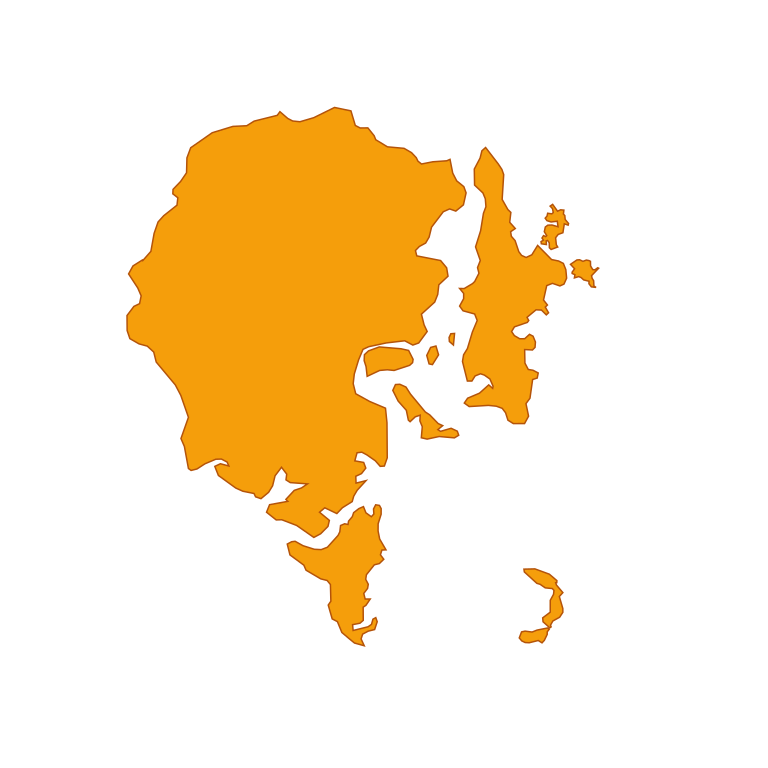 Semporna, Sabah, Malaysia (Robinson projection), rotated 76°
{"feature_id": "92858781B783004455088", "entity_name": "Semporna", "entity_type": "district", "adm_level": 2, "iso_a3": "MYS", "parent_name": "Malaysia", "parent_adm1": "Sabah", "projection": "robinson", "projection_center": [118.52, 4.527], "detail": "fine", "context": "isolated", "style": "filled", "palette": "amber", "viewbox_px": 768, "rotation_deg": 76, "n_neighbors": 0, "source": "geoboundaries", "source_scale": "gbopen_adm2", "svg_char_len": 6175}
<svg xmlns="http://www.w3.org/2000/svg" viewBox="0 0 768 768"><g transform="rotate(76 384 384)"><path d="M205.9,588.2L205.2,588.4L208.7,599.0L215.4,605.2L231.2,599.7L239.7,598.3L246.9,601.7L248.2,607.9L255.4,616.8L270.0,620.3L278.5,619.6L285.8,612.0L290.0,604.5L297.3,599.7L307.6,599.7L334.4,586.7L345.9,583.9L369.0,581.8L387.8,594.2L396.3,592.8L418.7,594.2L421.2,592.1L421.2,586.0L418.1,577.0L416.3,565.4L417.5,559.9L421.8,555.1L426.0,554.4L421.8,562.0L423.0,568.1L432.7,566.8L449.1,553.0L453.9,546.9L458.8,536.6L462.4,535.9L465.5,531.1L461.2,522.2L455.8,516.7L446.7,511.9L440.0,503.6L447.9,500.2L453.3,502.3L457.0,498.8L462.4,482.4L464.9,489.2L465.5,496.8L472.2,507.1L474.6,505.7L473.4,524.2L480.0,529.0L489.8,521.5L491.0,516.0L500.1,503.0L515.9,489.2L514.0,481.7L508.6,472.8L503.1,470.0L492.8,477.6L489.8,471.4L498.3,461.1L494.0,454.3L490.4,443.3L485.5,440.5L480.6,435.7L473.4,424.8L473.4,435.1L466.7,433.7L465.5,427.5L461.2,422.0L455.2,422.7L451.5,430.9L444.2,426.8L444.8,422.0L448.5,417.9L456.4,411.0L463.0,407.6L463.7,403.5L456.4,398.7L422.4,390.5L407.8,388.4L397.5,402.1L386.6,413.8L376.2,413.8L367.1,410.4L354.4,402.8L345.3,396.0L344.1,389.8L344.7,371.9L347.1,353.4L353.2,346.6L352.6,340.4L343.5,329.4L336.2,330.8L325.3,330.8L316.8,315.0L310.1,310.2L301.0,306.8L294.9,295.8L286.4,295.1L277.9,299.2L267.6,321.2L262.1,321.2L259.1,316.4L257.3,309.5L252.4,304.7L243.3,299.9L231.2,284.8L230.0,278.0L233.6,272.5L229.4,263.6L218.4,258.1L211.8,258.8L204.5,264.3L196.0,266.3L182.0,265.6L182.6,269.1L180.2,282.8L179.6,294.4L175.9,297.2L172.3,297.9L166.2,301.3L160.2,307.5L154.7,323.3L145.0,332.9L140.7,333.5L131.6,337.7L129.8,345.2L126.2,349.3L111.0,350.0L103.7,365.1L108.6,387.7L109.2,402.1L106.7,409.0L103.1,413.1L94.6,419.1L97.5,422.6L97.5,446.4L100.2,454.7L97.5,468.3L98.6,489.8L108.0,514.4L116.9,520.5L131.3,524.5L138.3,532.4L144.1,541.6L148.4,542.9L153.4,539.0L160.4,541.6L167.4,557.0L172.1,564.0L182.2,570.6L198.9,578.1L205.9,588.2ZM341.1,208.9L327.9,202.3L327.1,196.2L331.4,189.6L330.6,185.2L325.5,181.2L317.0,179.9L310.4,180.8L306.9,184.8L303.8,191.3L286.7,201.4L294.4,209.3L295.6,215.5L292.5,219.4L288.2,221.2L276.6,222.1L271.5,224.7L266.9,224.3L264.9,219.0L257.5,222.9L248.2,219.4L244.7,221.6L233.5,224.7L209.8,217.2L204.3,217.7L198.1,219.9L179.1,228.2L181.4,232.6L188.0,236.1L197.3,244.4L212.9,248.0L222.6,241.8L228.8,240.9L236.6,242.2L242.4,246.2L258.7,253.2L273.1,262.0L287.5,260.7L293.7,265.1L299.5,265.1L306.5,271.2L308.0,273.8L310.8,283.1L309.6,287.5L315.4,284.8L320.5,286.1L326.7,291.8L332.1,289.6L338.0,279.1L344.9,278.2L355.0,285.7L369.8,294.5L374.9,299.7L381.1,302.4L401.3,302.4L402.4,298.0L398.2,293.6L397.4,287.9L399.7,284.4L404.8,280.0L412.5,278.7L414.5,279.6L410.2,282.6L416.0,293.6L418.0,306.3L421.9,310.7L426.5,306.8L430.0,287.9L432.7,280.4L436.2,275.2L441.3,273.0L449.1,272.5L453.7,268.1L456.4,257.2L450.2,251.5L437.4,251.0L433.1,245.8L415.6,238.7L415.3,233.9L410.6,231.7L406.7,236.1L404.8,240.5L397.8,242.2L384.6,239.2L386.9,231.7L385.0,228.6L379.9,226.9L373.7,227.8L371.0,230.8L374.1,236.5L372.9,241.4L368.6,245.8L364.0,247.5L360.1,243.6L358.9,230.0L357.4,228.2L353.9,229.1L348.8,218.5L350.4,213.3L356.2,209.8L354.7,207.1L348.4,208.9L346.9,206.3L341.1,208.9ZM525.2,425.3L518.2,423.5L509.7,418.3L504.2,416.9L500.7,417.8L499.2,421.3L502.7,424.4L507.7,425.3L509.7,428.4L504.6,432.7L498.0,433.6L498.8,438.5L501.5,444.6L505.0,446.8L508.5,451.6L511.6,452.9L510.1,456.0L510.8,460.4L516.7,462.6L519.8,465.2L528.7,478.4L529.5,485.0L527.5,491.6L521.3,501.7L515.1,508.3L514.7,511.8L515.9,516.6L527.1,516.6L540.4,505.6L545.8,504.7L557.8,492.5L560.9,486.7L565.6,484.5L581.9,488.1L585.0,491.6L599.4,491.1L603.3,486.7L614.9,485.0L622.3,479.7L628.2,475.3L633.2,466.5L625.8,467.9L621.5,465.2L620.0,459.1L620.0,452.5L613.0,448.1L608.7,448.5L609.5,451.6L614.2,454.3L615.7,458.2L615.7,473.6L609.9,472.7L610.3,465.2L608.3,461.3L595.5,458.2L594.4,455.1L589.3,449.4L588.1,454.3L582.3,454.3L578.4,449.4L574.5,447.7L569.1,449.0L564.8,447.2L557.1,437.1L557.1,431.9L554.0,426.6L548.9,428.8L544.6,426.2L545.4,422.2L533.4,425.7L525.2,425.3ZM448.3,343.2L453.3,328.7L451.8,323.9L447.5,324.3L443.2,329.6L443.6,340.6L441.3,342.8L438.6,337.1L435.5,341.0L425.0,347.1L421.1,350.7L400.1,360.8L392.3,363.4L388.1,368.7L387.3,373.0L392.3,377.0L404.0,374.4L414.9,368.7L425.0,369.1L426.9,367.8L423.4,361.6L423.0,356.4L428.5,358.1L434.7,357.2L445.2,360.8L447.9,355.5L448.3,343.2ZM369.8,384.9L371.0,377.4L373.3,370.9L372.1,354.6L370.2,351.1L367.1,349.8L357.4,352.0L353.9,359.0L346.9,379.6L348.1,391.0L350.8,395.9L356.6,397.6L362.8,397.2L372.5,398.5L369.8,384.9ZM632.6,265.3L629.7,260.9L620.8,265.3L618.3,265.5L618.5,264.4L616.6,263.8L608.5,269.6L599.9,282.3L597.5,293.0L600.3,293.3L614.4,283.9L616.1,281.0L620.8,276.9L623.2,270.2L625.4,269.0L629.1,270.4L634.1,275.0L645.6,277.9L649.3,286.6L653.2,287.2L660.7,282.1L660.1,280.6L658.3,280.8L654.8,277.5L652.8,270.0L648.8,265.7L645.1,264.8L632.6,265.3ZM274.4,166.9L272.9,166.1L268.2,168.4L264.3,167.8L262.5,168.8L258.8,167.4L257.7,170.5L258.3,173.8L250.5,176.9L251.6,179.8L254.6,178.1L258.6,178.3L259.5,180.0L257.9,183.9L260.5,185.2L262.1,187.5L264.9,186.4L267.2,182.7L268.0,176.5L273.5,177.1L270.4,182.5L269.5,186.6L270.7,189.5L275.0,191.6L279.4,190.2L280.1,191.4L278.6,193.3L280.6,195.4L283.0,194.5L283.8,197.2L286.0,197.4L288.0,192.7L284.3,192.0L284.3,190.6L286.9,189.5L291.8,190.6L293.9,189.3L293.1,182.3L290.6,183.1L283.6,182.1L281.0,178.8L280.5,173.8L272.2,170.3L274.4,166.9ZM329.1,156.4L323.6,147.7L322.9,148.5L324.2,151.7L323.5,153.8L319.4,155.0L314.9,154.0L313.8,155.3L312.7,157.7L313.1,161.3L310.8,164.1L310.3,166.8L313.0,174.1L318.3,171.2L321.0,174.4L322.3,174.7L324.1,172.3L327.1,173.6L326.9,169.1L328.4,167.0L331.3,165.1L333.9,160.2L336.3,160.9L339.9,159.3L341.6,154.9L339.6,156.6L334.5,155.6L331.8,156.5L329.1,156.4ZM666.6,312.5L669.0,309.6L670.2,305.7L670.2,296.4L673.4,293.3L671.5,290.4L666.4,286.2L664.0,285.6L662.0,283.1L660.3,284.3L659.8,295.1L660.5,300.3L657.9,306.9L657.8,310.5L663.1,314.2L666.6,312.5ZM368.9,324.0L359.7,324.4L359.8,329.9L366.6,335.6L375.4,335.4L376.9,332.3L368.9,324.0ZM358.6,310.3L363.0,307.2L352.0,303.3L351.4,307.0L354.6,309.6L358.6,310.3Z" fill="#f59e0b" stroke="#b45309" stroke-width="1.5"/></g></svg>